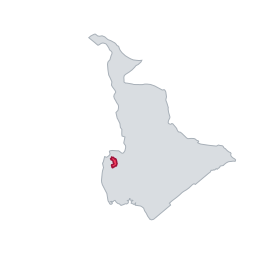 Boyo, Nord-Ouest, Cameroon (highlighted), rotated 320°
{"feature_id": "32672807B40523536040617", "entity_name": "Boyo", "entity_type": "district", "adm_level": 2, "iso_a3": "CMR", "parent_name": "Cameroon", "parent_adm1": "Nord-Ouest", "projection": "mercator", "projection_center": [10.331, 6.408], "detail": "fine", "context": "in_parent", "style": "filled", "palette": "rose", "viewbox_px": 256, "rotation_deg": 320, "n_neighbors": 0, "source": "geoboundaries", "source_scale": "gbopen_adm2", "svg_char_len": 4459}
<svg xmlns="http://www.w3.org/2000/svg" viewBox="0 0 256 256"><g transform="rotate(320 128 128)"><path d="M65.7,171.8L66.1,170.6L69.7,164.6L71.9,155.0L72.9,152.7L73.9,151.2L79.1,146.1L81.0,144.4L83.8,142.6L85.7,138.8L86.4,138.4L87.3,138.1L91.7,134.9L92.1,135.5L92.4,136.3L92.7,136.6L94.1,136.9L96.1,136.9L97.2,136.6L97.8,136.0L98.5,134.2L98.8,133.9L99.3,133.8L101.4,135.0L105.0,138.5L105.9,139.2L106.3,139.8L107.0,143.0L107.5,143.8L108.2,144.1L109.6,143.9L111.1,143.4L112.3,142.5L113.6,141.5L114.4,140.5L114.8,139.8L115.0,137.2L115.2,136.7L119.9,132.9L119.7,132.6L119.0,131.5L118.3,130.3L119.0,129.1L119.7,128.2L122.4,125.1L122.5,122.8L124.7,119.3L125.9,114.5L126.0,113.6L128.7,108.4L131.7,108.0L132.8,107.2L134.1,106.0L135.0,104.8L135.4,103.6L135.6,101.4L136.2,98.9L136.5,96.7L137.4,94.7L138.8,93.6L141.4,92.8L141.8,92.4L142.2,91.0L142.5,86.5L142.9,84.5L145.3,82.3L146.4,78.7L147.3,75.0L150.0,70.6L153.2,66.1L154.6,64.9L155.8,64.3L157.3,64.3L158.2,64.0L161.6,61.7L163.1,61.0L164.1,60.2L164.4,59.5L164.5,58.5L164.1,56.2L164.7,54.6L165.1,51.9L165.2,49.9L165.1,49.2L164.4,48.0L163.4,46.7L161.7,45.9L159.4,45.7L158.2,45.3L157.7,42.9L157.5,41.4L156.0,33.6L158.9,33.6L162.5,34.5L163.4,35.2L163.9,37.9L165.1,39.4L167.4,40.7L168.8,43.3L169.4,47.2L170.6,49.5L170.9,49.9L172.6,54.3L172.8,56.3L172.6,57.7L173.3,59.4L172.2,62.3L171.9,64.0L171.8,66.5L172.4,70.9L173.5,74.3L174.6,77.0L175.8,79.2L177.9,81.5L180.0,83.6L182.1,85.0L180.2,85.8L176.6,85.9L174.5,85.4L173.5,85.4L172.5,85.7L168.6,86.1L164.7,85.9L161.1,85.4L158.9,85.4L157.2,86.7L155.8,88.7L154.5,90.2L155.0,92.0L156.0,92.9L157.8,95.0L159.5,97.0L160.4,98.4L163.7,101.3L166.9,104.0L168.5,104.9L169.0,105.1L170.8,106.6L173.2,109.1L175.5,113.0L178.6,120.8L179.3,121.4L180.3,121.8L180.5,122.6L180.4,123.9L180.0,124.9L177.5,128.9L175.3,130.5L174.7,131.4L173.9,133.8L171.9,138.4L171.0,139.1L169.1,142.2L167.4,146.1L167.0,146.7L166.4,147.2L164.1,148.2L163.3,148.7L162.1,149.9L162.0,150.7L162.5,151.8L163.2,152.7L164.4,152.7L165.0,153.6L165.0,159.7L164.5,160.6L164.5,161.0L164.2,162.0L164.2,163.2L164.3,163.7L164.8,164.1L165.4,164.9L165.8,166.7L166.5,173.3L166.9,174.4L167.6,175.1L169.6,176.5L171.7,178.4L172.4,179.6L172.7,181.6L173.6,183.1L173.5,183.7L173.2,183.9L171.9,184.0L172.3,185.1L173.4,187.1L178.8,193.2L184.0,198.6L185.2,199.0L186.2,199.1L186.5,199.4L187.0,200.2L188.8,202.2L189.1,203.3L188.7,204.4L189.1,206.1L189.4,206.7L189.3,207.3L189.5,209.3L189.9,211.1L190.7,212.7L190.6,213.7L189.6,214.4L189.0,215.4L188.9,216.7L189.2,218.4L189.9,220.5L189.9,221.6L188.7,222.4L187.3,221.0L185.8,220.1L183.5,218.5L181.2,217.9L178.2,217.8L176.9,218.0L174.7,216.7L173.9,216.5L172.9,217.1L172.3,217.1L171.4,216.9L169.7,216.9L169.6,216.0L169.3,215.8L167.4,215.9L166.9,215.1L166.6,215.2L165.9,214.9L164.4,213.8L162.9,214.6L159.6,214.5L143.3,214.5L142.9,213.4L142.1,212.9L140.7,212.8L136.4,213.1L133.0,212.9L130.8,212.5L128.1,212.2L124.6,212.4L121.1,212.4L114.9,212.1L111.4,212.2L111.5,212.8L111.3,213.3L111.1,214.4L89.0,214.4L87.2,213.6L86.7,213.1L86.5,212.2L86.1,212.1L86.4,208.3L87.2,205.0L87.5,202.1L88.5,199.4L87.9,196.8L87.3,195.6L84.0,191.9L85.5,190.4L83.5,190.6L83.0,189.3L82.1,187.6L82.7,187.3L83.2,186.4L85.1,186.7L85.0,186.2L83.4,184.8L83.6,184.1L84.2,183.3L83.9,183.0L82.8,183.8L82.0,183.8L81.3,183.3L80.9,183.2L81.2,184.3L80.5,185.2L79.9,185.5L78.9,185.5L78.0,185.2L77.8,184.7L77.0,184.3L74.8,183.6L72.9,182.8L72.6,180.5L71.8,179.5L71.5,178.4L71.3,177.1L71.6,175.2L71.1,174.8L70.6,174.7L69.8,174.8L69.0,174.7L68.2,173.6L67.4,173.2L67.9,175.2L67.3,175.8L66.0,175.6L65.4,174.9L65.3,174.3L65.9,171.9L65.7,171.8Z" fill="#d9dde1" stroke="#a8b0b8" stroke-width="1"/><path d="M96.1,148.6L96.4,148.4L96.7,148.3L96.8,148.1L96.9,147.9L97.2,147.2L97.8,146.3L98.0,145.7L98.4,145.2L98.7,143.9L98.7,143.6L98.4,143.5L98.0,143.3L97.9,143.0L97.9,142.7L98.0,142.2L98.0,141.8L97.8,141.4L97.8,140.9L97.5,140.6L97.0,140.4L96.9,140.3L96.7,139.8L96.3,140.1L95.9,140.7L95.7,140.8L95.3,140.6L95.1,140.4L94.9,140.4L94.8,140.6L94.7,141.7L95.2,141.9L95.2,142.2L95.4,143.0L95.2,143.8L94.9,144.5L94.6,144.8L94.5,145.4L94.4,146.1L94.3,146.3L94.1,146.4L93.8,146.4L92.8,146.1L91.9,145.7L91.5,145.9L91.5,146.0L91.2,146.4L91.1,147.0L90.9,147.1L90.6,147.6L90.8,147.9L90.7,148.1L90.6,148.4L90.9,148.6L91.1,148.7L91.5,148.6L91.9,148.6L92.3,148.7L92.4,148.8L92.7,149.0L93.1,149.0L93.4,148.9L93.7,148.9L94.1,148.9L94.4,149.4L94.8,149.5L95.0,149.4L95.2,149.2L95.3,149.1L95.9,148.7L96.1,148.6Z" fill="#f43f5e" stroke="#9f1239" stroke-width="1.5"/></g></svg>